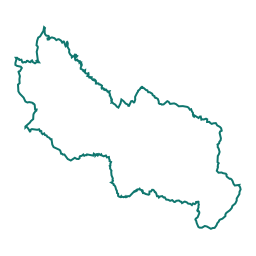 outline of Tello, Huila, Colombia
{"feature_id": "7082276B21026196123050", "entity_name": "Tello", "entity_type": "district", "adm_level": 2, "iso_a3": "COL", "parent_name": "Colombia", "parent_adm1": "Huila", "projection": "robinson", "projection_center": [-75.095, 3.039], "detail": "fine", "context": "isolated", "style": "outline", "palette": "teal", "viewbox_px": 256, "rotation_deg": 0, "n_neighbors": 0, "source": "geoboundaries", "source_scale": "gbopen_adm2", "svg_char_len": 5728}
<svg xmlns="http://www.w3.org/2000/svg" viewBox="0 0 256 256"><path d="M214.6,227.9L216.4,225.5L217.3,223.2L218.8,221.5L219.2,220.4L220.1,219.6L222.4,218.7L225.4,216.1L225.4,214.4L226.3,212.9L229.8,210.3L231.7,208.1L232.4,205.9L235.3,203.5L236.7,200.6L236.7,198.5L239.4,194.1L239.5,191.8L240.6,189.4L240.1,187.2L239.1,185.8L239.4,184.9L234.8,185.5L233.5,183.8L232.6,181.1L231.6,179.5L230.6,178.7L229.6,178.8L227.1,176.9L226.4,175.8L226.6,174.6L225.8,173.7L222.7,173.1L221.7,172.5L218.5,172.7L216.8,170.8L218.0,167.0L217.7,166.6L218.0,164.4L218.7,163.2L217.5,162.1L217.8,156.0L218.9,154.2L219.6,151.9L218.6,148.4L217.7,147.1L217.8,145.5L217.5,144.5L219.1,143.4L219.3,141.9L220.6,140.2L220.9,138.3L219.6,133.0L220.1,131.5L221.7,130.7L221.1,128.2L219.9,126.9L217.2,125.4L215.8,123.1L213.3,123.3L211.8,123.9L210.3,123.0L209.4,121.9L207.1,122.0L207.2,119.3L206.0,118.7L203.8,119.5L202.6,119.3L201.4,119.7L200.7,116.5L199.8,116.6L198.6,118.0L194.4,115.4L194.0,116.7L193.4,116.3L192.9,114.6L193.0,113.0L191.9,111.4L191.1,109.2L189.9,109.7L188.5,107.6L187.2,106.9L182.8,106.1L178.8,106.3L176.0,104.1L174.1,103.4L170.1,103.9L168.6,101.8L167.3,101.2L163.6,104.4L161.8,104.6L161.2,104.1L159.5,103.9L158.8,103.2L158.7,101.3L157.8,98.9L155.8,97.7L155.3,97.9L154.6,97.1L154.4,96.1L152.7,95.2L152.2,93.7L149.7,92.2L148.2,92.2L147.3,90.3L146.1,90.1L143.7,88.0L142.3,88.0L142.3,86.9L142.0,86.8L140.8,87.7L139.7,89.5L138.1,90.7L138.1,91.5L137.2,92.7L135.1,96.9L135.2,99.7L134.3,102.3L133.9,102.5L132.2,101.0L131.1,101.3L129.0,105.9L128.6,105.9L128.2,105.7L128.3,104.8L125.6,103.5L123.5,101.1L121.4,99.5L120.5,103.4L118.4,107.6L116.9,106.7L115.3,104.7L113.2,103.4L112.4,102.4L111.6,102.6L111.8,102.1L111.3,100.9L111.8,100.6L112.0,99.7L111.5,98.7L111.2,98.8L110.4,96.2L109.7,95.7L110.0,94.3L109.7,94.1L109.4,92.7L108.9,92.5L109.5,91.3L107.5,91.6L107.0,90.6L105.9,90.2L106.0,89.6L104.9,89.4L104.6,89.9L103.9,89.6L104.1,88.9L103.6,88.4L102.6,88.2L101.9,88.6L101.6,88.0L102.0,87.4L101.7,87.1L102.0,85.7L100.3,84.5L99.2,84.5L98.5,83.4L96.8,83.6L96.5,82.9L95.9,83.2L95.9,80.9L95.5,80.4L94.9,80.7L94.1,80.4L94.3,79.9L94.7,80.1L94.6,79.6L93.9,79.3L93.4,80.1L92.7,79.9L91.6,78.6L91.7,77.2L90.6,77.2L90.4,77.8L89.3,77.5L89.4,76.7L87.4,76.0L88.6,74.5L88.4,73.2L87.3,73.7L85.7,73.3L84.9,72.4L85.1,70.2L83.5,71.2L83.2,70.9L83.3,70.1L80.7,68.8L80.7,67.6L81.8,65.0L81.7,64.4L81.0,64.5L81.2,62.4L80.4,62.5L80.2,62.1L79.4,62.8L79.2,62.0L79.7,61.8L79.8,61.2L77.7,60.8L77.5,59.9L77.0,59.5L75.8,60.3L75.2,59.8L74.9,57.3L76.5,56.9L77.2,56.0L76.2,55.5L76.0,54.8L74.9,54.6L74.3,55.7L71.8,57.4L71.7,56.9L72.2,56.1L70.4,54.7L69.5,53.2L69.1,52.1L69.3,49.9L67.5,46.8L67.8,43.4L67.4,42.1L67.2,41.9L66.8,42.3L66.8,45.1L65.6,46.2L63.9,41.6L63.4,41.5L62.2,42.6L61.0,40.6L59.0,39.3L58.2,39.2L56.3,40.1L54.5,38.2L51.9,37.4L50.3,38.0L48.8,39.5L47.7,39.5L47.5,38.4L48.6,37.9L49.1,37.2L48.5,35.9L46.3,35.7L45.2,34.4L44.7,33.1L44.6,29.4L45.0,28.0L44.1,27.2L43.4,30.9L40.1,36.4L38.2,37.6L37.1,40.9L36.5,45.3L37.7,46.5L37.8,47.7L36.7,51.7L37.8,59.9L37.1,60.4L37.8,60.5L39.0,62.3L36.6,62.1L35.0,63.3L32.9,62.1L32.1,60.4L31.4,60.7L30.5,62.2L29.4,62.0L27.6,60.8L26.8,60.9L26.3,61.9L25.6,62.3L24.4,62.0L22.9,62.6L22.3,62.2L21.4,59.7L19.4,60.0L19.1,59.1L18.2,58.9L17.2,57.8L15.8,57.8L16.5,59.0L15.4,63.0L15.4,64.9L17.0,65.9L20.8,66.7L21.8,68.0L20.0,71.2L18.9,71.4L18.5,71.8L19.9,76.1L19.4,79.2L19.6,83.2L18.0,84.6L18.4,91.4L19.8,93.7L23.6,97.6L25.4,101.5L27.4,102.5L29.1,102.1L31.9,102.6L33.2,103.3L33.3,103.8L34.2,104.1L34.7,105.0L35.1,109.4L36.6,109.5L36.3,110.7L35.4,111.3L33.8,113.5L33.4,114.8L33.2,119.1L30.8,121.2L29.9,122.6L25.4,126.5L25.4,127.5L26.2,126.7L26.9,127.0L28.2,128.6L29.9,131.5L30.3,131.4L30.7,129.7L31.9,129.1L37.2,129.8L39.1,129.3L39.9,131.1L40.7,130.8L41.3,131.1L41.5,132.9L42.6,134.2L44.2,133.4L44.9,135.0L46.6,135.5L47.3,136.8L49.4,137.8L50.5,139.3L51.5,139.2L52.3,144.6L53.6,147.1L59.6,149.9L60.5,151.2L61.1,153.7L62.3,153.9L62.9,154.6L64.4,154.5L67.7,159.0L70.8,160.5L74.8,157.8L76.7,158.9L78.6,159.0L79.6,158.1L79.6,156.9L80.1,156.1L81.6,155.9L83.3,154.5L84.2,155.8L85.5,155.1L86.6,155.2L87.0,154.4L93.2,155.6L93.8,153.7L95.2,154.8L95.3,155.6L96.4,154.2L97.4,154.1L97.7,154.6L97.4,155.4L97.7,155.6L99.0,154.0L100.3,155.0L101.2,154.3L101.7,155.4L103.7,156.3L105.9,155.5L106.9,157.4L108.9,157.0L109.1,158.8L109.7,160.0L109.5,161.0L111.1,162.0L110.3,163.7L110.4,165.3L109.7,165.9L110.2,166.8L110.1,168.5L111.5,170.8L111.2,171.8L111.5,175.3L112.8,178.4L112.5,180.0L113.0,180.6L112.9,181.0L112.1,182.2L111.3,182.5L113.6,184.0L113.7,185.0L114.4,185.3L115.3,186.6L116.2,189.8L116.8,190.5L117.1,193.1L118.1,193.7L118.1,195.9L119.2,196.7L120.5,197.1L121.2,196.2L121.6,197.0L122.6,196.8L123.6,197.2L124.6,196.7L125.3,197.1L126.0,196.2L126.7,197.0L128.0,196.1L129.5,196.3L134.3,191.3L134.8,191.7L135.7,190.6L136.2,190.9L136.6,190.1L137.0,190.4L137.6,189.4L138.8,189.4L139.6,188.7L140.2,189.7L142.1,190.2L141.9,191.1L142.2,191.6L142.8,191.4L143.0,193.1L144.6,193.2L145.3,193.9L148.5,194.7L149.3,194.3L149.5,191.5L151.1,191.4L152.1,189.8L153.0,189.8L154.1,190.6L154.8,192.1L155.4,192.1L156.2,193.4L157.0,196.2L158.3,196.2L158.9,197.5L160.0,196.5L162.2,196.1L163.6,197.5L164.7,197.3L166.2,199.6L168.3,199.8L170.1,200.8L172.2,200.1L174.3,202.0L175.3,201.8L176.3,200.8L178.9,200.5L180.5,201.7L181.3,201.8L182.0,203.1L184.6,201.6L185.2,201.7L186.9,202.4L188.1,203.6L190.4,203.9L191.9,205.1L193.1,203.4L194.8,204.1L196.0,203.0L196.1,202.0L198.4,201.7L198.6,202.0L198.3,203.0L198.9,204.6L198.4,205.8L198.5,207.5L197.3,210.5L197.7,211.2L198.5,210.9L199.3,212.2L199.2,213.4L197.6,217.3L195.7,218.7L195.4,219.7L196.1,220.6L196.7,223.0L198.3,226.8L199.4,227.6L201.9,227.7L204.8,226.0L206.9,226.5L210.9,228.8L212.8,228.0L214.6,227.9Z" fill="none" stroke="#0f766e" stroke-width="2"/></svg>